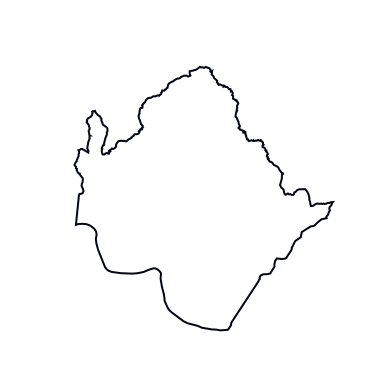 the district of Córdoba, Bolívar, Colombia, rotated 122°
{"feature_id": "7082276B35551918348685", "entity_name": "Córdoba", "entity_type": "district", "adm_level": 2, "iso_a3": "COL", "parent_name": "Colombia", "parent_adm1": "Bolívar", "projection": "albers", "projection_center": [-74.927, 9.535], "detail": "fine", "context": "isolated", "style": "outline", "palette": "ink", "viewbox_px": 384, "rotation_deg": 122, "n_neighbors": 0, "source": "geoboundaries", "source_scale": "gbopen_adm2", "svg_char_len": 6023}
<svg xmlns="http://www.w3.org/2000/svg" viewBox="0 0 384 384"><g transform="rotate(122 192 192)"><path d="M142.9,64.0L142.4,64.8L141.2,65.0L139.9,64.6L138.7,64.6L136.5,65.4L134.7,65.2L133.2,66.9L131.9,67.3L129.4,66.8L127.2,67.3L125.8,67.2L127.0,68.7L128.4,69.7L129.7,71.4L131.0,72.2L132.0,73.4L132.2,74.5L133.2,75.3L133.3,76.1L134.8,78.1L135.1,79.2L136.2,80.5L139.5,82.0L140.6,83.1L140.9,83.8L138.8,85.9L138.1,86.3L135.9,88.8L135.3,88.9L132.4,91.7L130.9,94.0L129.6,97.5L132.9,102.5L133.9,103.3L135.1,103.9L137.0,104.2L138.1,105.0L139.1,104.5L139.9,104.4L141.0,104.8L141.7,106.1L141.6,107.2L142.6,108.5L142.4,109.9L144.0,110.7L144.8,111.4L144.5,112.5L143.6,113.6L141.4,115.7L140.7,119.3L139.7,120.4L139.5,121.0L132.8,123.0L130.6,124.4L129.4,124.9L129.0,124.9L128.3,124.4L127.9,125.1L128.2,126.0L127.0,129.4L125.7,131.4L125.2,133.1L125.7,136.7L124.5,139.9L124.7,140.7L124.6,141.2L125.1,142.3L124.3,143.5L124.1,144.8L123.8,144.9L123.2,144.8L123.2,145.8L122.1,146.3L122.0,147.5L120.8,148.0L119.8,147.7L118.6,149.1L118.5,150.3L118.3,150.6L117.6,150.8L117.9,151.3L117.8,151.9L116.9,152.4L116.2,153.3L116.2,154.7L116.6,155.8L115.4,156.7L114.5,156.3L114.0,156.3L114.0,157.0L112.3,158.1L112.1,159.9L111.4,160.6L111.5,161.2L112.5,161.4L112.6,161.6L112.6,162.2L112.9,162.5L112.8,163.5L114.0,164.1L114.2,164.6L114.7,165.0L114.7,165.3L115.8,166.3L116.2,167.1L115.8,167.5L116.4,167.7L116.7,169.1L118.7,170.7L118.7,171.2L118.2,171.6L117.6,172.8L118.1,173.3L116.7,174.8L116.5,175.4L115.5,175.9L115.0,177.0L114.3,177.3L114.1,178.2L113.3,178.1L112.6,178.8L112.9,179.5L114.0,179.6L114.4,180.0L114.1,180.3L113.6,180.2L113.4,180.7L112.9,180.7L112.9,181.5L113.5,183.1L113.2,183.8L113.7,184.6L113.0,185.8L113.0,186.6L112.3,186.6L111.8,186.1L111.0,186.1L110.2,187.0L109.6,188.3L107.8,189.8L106.4,192.1L105.8,192.6L105.2,194.2L105.2,194.8L104.9,195.2L101.9,196.5L99.4,196.8L99.5,197.3L96.6,198.2L95.7,199.2L94.8,199.5L92.5,199.6L91.6,200.5L91.5,202.2L90.8,202.6L91.1,203.2L90.8,203.7L91.1,204.0L90.8,204.6L91.2,205.8L91.1,206.7L88.7,208.0L88.6,209.4L87.1,209.5L86.2,210.2L85.5,211.5L86.2,212.2L85.6,212.5L84.4,213.8L84.5,214.2L85.1,214.8L85.2,215.3L84.5,216.6L84.3,217.7L85.1,219.2L84.8,219.5L84.9,220.3L85.7,220.9L84.9,221.1L84.8,221.5L85.6,222.5L86.0,225.4L87.0,225.9L86.9,226.7L86.0,227.6L85.9,229.0L84.3,229.6L83.6,233.8L82.4,235.1L82.0,237.6L81.2,237.8L79.7,238.6L79.9,238.9L80.3,238.9L80.2,239.3L79.6,239.8L79.1,239.7L79.5,240.1L79.9,240.0L80.0,240.3L79.1,240.5L78.5,241.2L78.0,242.4L77.9,243.1L78.4,244.7L78.5,246.5L80.3,247.5L80.9,249.7L81.7,250.5L81.6,251.6L84.9,252.7L86.8,253.9L88.0,255.2L88.6,255.5L90.5,257.8L90.8,258.0L93.1,256.5L94.1,255.0L94.9,255.4L96.2,256.6L96.2,258.3L97.5,260.3L100.4,262.4L100.9,262.3L102.0,262.7L102.9,263.4L103.6,264.6L105.6,265.7L108.3,266.7L108.9,267.4L112.5,269.1L113.6,269.1L116.6,268.0L117.2,268.5L118.6,268.4L119.5,269.2L120.6,269.1L121.1,269.6L121.3,270.6L121.8,271.1L123.5,270.5L124.0,270.7L124.1,270.4L125.5,270.0L126.7,270.6L126.8,270.9L127.8,270.9L128.1,272.1L130.2,273.7L131.4,275.6L133.7,276.6L134.9,278.2L136.0,279.2L138.0,279.7L140.9,279.5L144.3,280.3L144.9,280.2L144.9,279.7L146.9,278.7L147.7,279.8L148.6,280.2L152.0,279.0L152.9,278.2L154.6,278.0L156.2,277.4L158.0,275.6L158.9,274.0L161.4,271.3L162.0,268.9L162.9,268.5L163.0,268.2L163.4,268.5L164.7,268.1L164.6,267.8L164.9,267.7L164.9,268.0L165.5,268.2L165.3,268.6L166.1,268.9L166.3,268.4L166.5,268.4L166.5,268.6L168.6,269.2L168.7,268.7L168.1,268.4L170.9,268.3L172.2,269.3L173.0,270.8L173.8,271.3L175.6,271.3L176.2,271.9L177.9,272.0L178.1,272.4L179.2,272.5L181.0,273.7L183.7,274.5L184.3,275.4L184.6,276.9L185.4,277.6L186.0,279.2L187.5,280.9L188.1,281.3L189.7,281.6L191.6,281.6L192.6,281.3L193.4,280.5L194.5,280.5L196.3,281.0L197.3,281.8L197.4,282.4L197.8,282.6L197.8,283.0L198.6,283.0L199.5,283.5L200.0,283.4L200.4,283.7L200.3,283.9L201.0,284.2L201.3,284.1L201.2,283.3L201.7,283.6L201.6,283.8L201.8,283.9L202.0,283.7L201.8,283.0L203.5,282.7L204.0,283.4L204.0,284.6L204.3,285.2L205.2,285.8L206.5,286.1L207.4,287.4L207.4,287.9L205.7,289.8L204.5,290.6L203.1,290.8L203.1,291.4L201.8,291.9L199.6,292.2L199.3,291.7L198.4,291.6L197.7,292.3L196.4,292.5L196.0,292.9L194.9,293.1L191.9,294.1L188.7,294.6L187.4,295.2L186.7,295.8L185.7,295.8L185.0,296.0L182.9,297.5L182.4,298.2L182.1,303.1L181.8,303.7L180.9,304.6L179.5,306.7L177.9,307.6L177.6,308.6L177.1,309.2L176.7,310.1L176.7,312.5L175.9,315.1L175.6,316.0L174.6,317.2L175.3,317.8L176.0,318.9L176.5,319.2L176.5,320.0L177.3,318.4L179.8,317.5L181.8,317.7L184.7,319.2L186.7,319.3L187.5,318.4L188.6,318.4L189.7,315.4L192.2,312.5L193.0,312.2L194.7,312.2L197.3,309.9L198.2,309.0L198.2,308.6L198.4,308.9L199.1,308.5L201.0,307.1L204.1,306.6L210.5,304.0L212.1,301.5L213.5,300.9L213.7,308.2L214.3,308.9L215.3,309.2L216.7,310.4L216.9,309.8L218.9,308.3L220.0,308.2L221.6,307.2L226.1,306.6L227.2,306.0L228.2,306.3L230.8,306.2L231.6,305.5L232.1,303.7L233.3,303.1L233.3,301.9L234.6,301.4L235.1,300.3L236.1,299.0L236.0,298.2L236.3,297.6L235.9,296.9L236.4,296.6L237.1,295.4L238.1,292.1L238.9,291.4L241.6,290.0L243.6,289.7L245.3,288.9L247.7,285.5L249.0,284.4L251.0,284.2L252.4,285.1L253.1,286.3L254.6,286.2L281.4,273.0L279.6,271.6L277.2,268.3L275.2,264.4L274.4,260.4L274.9,255.7L276.2,252.7L277.6,251.2L279.4,250.0L282.7,248.7L286.2,245.9L290.7,241.1L301.9,225.8L302.8,223.1L303.0,220.9L302.3,217.7L298.6,209.4L292.7,199.1L289.6,195.0L285.4,190.6L280.3,187.0L277.0,184.0L276.2,182.7L276.1,181.9L275.9,180.3L276.2,177.9L277.3,175.3L282.3,172.6L288.7,166.9L293.3,162.0L297.1,158.7L298.5,157.9L302.2,152.7L304.1,149.2L304.8,145.9L306.1,130.9L305.7,126.4L302.5,116.3L301.9,111.8L298.1,102.5L295.8,98.4L294.3,94.6L290.0,88.7L288.7,88.4L284.5,88.3L282.0,89.4L232.3,88.3L231.3,88.6L229.9,88.4L229.0,89.2L226.5,89.6L223.8,87.8L221.9,84.7L219.7,82.5L211.7,82.5L209.1,84.0L206.2,85.0L203.4,84.8L201.0,79.9L199.2,77.8L197.6,77.0L196.5,77.2L189.4,76.9L187.9,77.1L186.4,77.8L179.0,78.5L172.6,75.8L167.8,77.7L158.1,73.0L156.8,71.3L155.6,70.4L151.7,69.5L146.6,67.8L142.9,64.0Z" fill="none" stroke="#020617" stroke-width="2"/></g></svg>